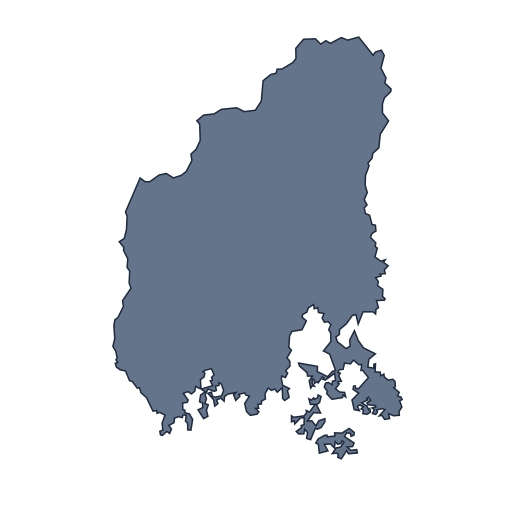 the district of Müna, Ngöbe Buglé, Panama, rotated 354°
{"feature_id": "35544464B46003057824195", "entity_name": "Müna", "entity_type": "district", "adm_level": 2, "iso_a3": "PAN", "parent_name": "Panama", "parent_adm1": "Ngöbe Buglé", "projection": "orthographic", "projection_center": [-81.616, 8.422], "detail": "fine", "context": "isolated", "style": "filled", "palette": "slate", "viewbox_px": 512, "rotation_deg": 354, "n_neighbors": 0, "source": "geoboundaries", "source_scale": "gbopen_adm2", "svg_char_len": 6150}
<svg xmlns="http://www.w3.org/2000/svg" viewBox="0 0 512 512"><g transform="rotate(354 256 256)"><path d="M128.3,274.9L118.6,286.5L118.8,292.3L112.4,302.6L109.0,304.7L107.4,310.1L106.9,323.4L104.2,330.9L106.7,336.4L107.2,343.3L105.9,344.5L107.3,347.3L104.8,348.1L105.6,351.9L109.0,355.0L114.2,356.7L117.2,366.8L119.9,367.9L124.1,375.0L126.4,374.9L127.3,379.9L132.3,385.4L137.3,399.5L141.2,399.4L141.1,402.1L144.0,401.5L148.9,404.7L145.1,412.5L145.2,419.3L142.0,420.3L142.3,423.9L144.0,424.7L149.1,421.1L151.5,423.5L153.8,419.4L151.7,415.3L157.1,413.2L158.0,408.8L162.0,407.7L165.8,409.0L166.8,406.4L169.9,407.1L168.6,413.0L170.5,415.2L169.9,421.8L173.1,422.4L175.9,411.8L173.3,406.1L169.0,404.5L169.1,401.9L167.2,401.0L167.7,394.5L172.2,394.4L173.5,392.2L169.4,385.0L174.2,383.8L177.3,386.4L180.9,384.2L182.4,379.4L186.2,381.9L187.5,381.0L187.8,373.2L191.7,370.9L192.9,367.2L191.2,365.4L194.2,364.2L200.0,363.4L201.8,369.9L199.1,372.0L199.7,375.0L197.4,375.4L199.4,380.4L187.5,382.6L191.3,385.8L186.4,388.4L184.6,395.0L187.5,396.7L187.2,401.2L182.3,402.9L186.9,412.3L191.4,410.4L190.6,404.1L193.0,399.0L189.7,397.3L191.8,393.0L190.9,388.7L194.4,383.3L200.3,386.2L202.5,385.6L202.2,381.0L205.6,380.9L206.0,378.1L208.3,380.0L209.7,386.4L207.2,391.4L200.5,392.2L197.9,390.8L197.5,386.7L193.8,387.5L198.8,394.5L199.3,401.0L202.7,398.8L201.8,395.0L206.2,393.7L209.1,397.1L210.1,392.4L213.6,390.4L221.6,389.7L219.2,391.5L220.7,397.5L225.3,393.8L224.4,391.8L230.7,391.0L231.3,393.2L234.8,394.7L229.3,401.5L230.3,409.7L233.6,413.9L240.5,413.4L242.6,411.3L239.6,407.5L242.8,407.7L242.2,403.7L245.9,403.8L246.3,400.9L250.4,399.2L250.5,394.1L254.3,388.7L257.4,391.3L260.7,390.2L262.9,393.7L268.3,389.8L267.6,400.5L269.4,402.7L274.2,400.0L273.2,393.1L275.4,391.3L269.0,387.3L268.4,380.7L269.0,378.0L272.5,380.0L275.2,375.8L273.5,373.2L278.3,369.0L278.6,364.2L276.2,360.5L281.4,353.5L279.1,350.1L281.0,339.2L283.7,334.8L294.0,334.2L299.3,325.8L295.4,321.6L296.4,319.0L300.7,317.2L302.6,313.0L308.3,310.3L308.4,314.6L311.9,313.8L312.3,318.8L317.7,320.3L315.3,324.7L317.1,329.0L320.8,328.8L323.3,332.0L320.6,337.0L322.2,340.5L321.6,348.8L313.1,357.5L319.0,361.3L323.2,378.3L320.1,378.6L314.6,383.5L304.9,377.3L305.6,372.2L287.2,366.9L287.8,370.0L294.6,377.4L294.7,380.8L299.6,381.4L295.9,385.6L296.6,393.1L298.5,390.9L300.4,391.6L298.5,388.4L299.1,384.4L300.7,384.6L300.8,388.8L303.4,387.4L304.6,388.7L309.3,383.2L310.8,384.2L309.6,385.7L312.0,386.6L321.9,380.9L322.1,388.3L319.0,388.4L318.3,391.9L314.7,389.3L311.9,389.7L310.2,393.4L312.9,398.3L311.9,400.2L316.5,406.4L327.2,405.9L328.0,403.3L330.5,405.5L329.8,400.9L324.9,400.0L321.2,396.3L325.5,391.8L324.0,390.7L324.9,389.4L327.8,389.6L325.8,383.5L327.6,381.4L325.2,380.2L327.0,377.9L330.8,377.8L332.8,371.8L338.8,373.1L342.1,369.7L346.9,374.9L349.8,375.0L348.4,380.8L350.2,380.9L355.1,388.7L344.3,398.5L341.6,398.4L341.1,395.5L339.4,395.6L338.6,398.9L343.8,403.1L336.4,409.2L337.6,419.1L342.8,420.7L341.2,416.2L343.4,415.0L347.0,417.1L344.5,419.1L346.7,420.5L345.7,424.0L350.1,425.0L353.6,423.1L353.2,419.7L351.9,420.6L350.8,417.0L345.8,413.1L352.3,410.8L351.1,409.6L353.1,408.1L354.9,411.6L350.9,413.7L351.8,415.6L359.3,417.3L359.3,418.7L355.5,419.3L357.6,421.2L355.4,424.9L358.6,426.1L360.5,423.8L359.9,421.7L365.8,421.0L368.1,422.2L361.8,427.9L364.7,427.8L366.8,432.0L371.9,431.6L371.3,426.7L376.3,429.3L381.9,429.4L382.0,425.6L385.3,421.5L383.7,414.9L386.3,414.1L385.6,411.6L382.1,409.9L384.2,406.6L379.2,401.4L381.0,400.5L381.1,395.3L379.2,392.9L374.5,393.3L371.0,389.8L370.8,386.8L367.6,388.3L367.4,384.5L362.3,383.7L363.6,375.7L361.9,376.0L361.5,379.9L355.6,378.2L357.5,370.4L364.5,365.8L353.3,358.6L348.8,350.7L346.1,340.6L340.5,349.2L340.1,355.6L335.8,357.5L327.9,349.7L327.0,344.8L330.7,342.8L331.4,337.9L338.8,332.9L345.6,325.2L349.3,324.8L350.5,334.5L356.6,322.7L366.7,323.8L368.9,326.2L369.7,321.6L372.4,320.3L371.1,312.9L379.1,313.4L379.9,312.0L377.6,309.4L378.7,302.4L373.8,298.2L375.0,294.3L372.7,290.0L378.3,289.0L377.5,287.0L382.7,287.1L382.2,283.2L386.4,279.5L382.1,275.7L384.2,273.3L379.6,274.2L374.2,269.4L377.5,260.9L375.6,259.1L376.5,255.4L371.8,249.5L373.8,245.7L377.9,243.7L378.0,237.8L374.7,236.8L373.2,227.3L369.2,225.1L368.7,219.5L371.8,216.8L369.5,211.4L373.3,204.5L372.0,197.1L373.3,187.4L377.9,178.1L377.0,175.3L381.6,171.0L382.9,166.1L389.5,161.3L392.3,147.9L402.0,135.5L396.7,126.9L397.7,117.8L400.3,112.1L407.2,106.6L407.8,104.1L402.2,97.4L403.9,92.5L399.9,82.3L404.5,70.0L402.1,64.4L396.0,65.6L393.5,68.6L381.0,49.0L369.7,50.9L363.7,47.7L352.2,52.3L348.1,49.2L342.4,52.0L337.8,46.2L326.0,45.4L317.3,53.6L316.4,63.8L312.8,67.5L301.3,72.8L296.6,72.4L295.0,76.4L289.7,77.0L281.4,82.4L277.5,102.4L270.6,111.0L259.5,111.2L252.3,106.6L236.9,106.5L229.2,110.3L218.6,110.4L211.3,115.3L213.8,119.1L212.6,135.2L207.5,143.7L202.0,147.8L202.2,154.4L195.5,164.6L190.1,168.0L182.0,169.7L175.5,164.6L168.2,165.3L158.1,171.0L153.6,170.6L148.9,166.3L130.8,198.6L132.0,203.0L130.0,215.9L126.8,224.8L121.4,227.5L125.5,233.8L124.8,236.4L128.2,245.4L126.6,253.9L128.8,257.9L127.0,269.6L128.3,274.9ZM298.4,458.7L307.2,457.3L304.2,450.4L310.5,450.8L313.9,455.1L315.4,448.9L317.5,451.7L320.9,451.4L322.3,448.7L324.0,450.3L320.1,454.9L315.6,455.2L311.2,460.5L315.6,460.4L317.0,461.7L316.3,464.8L319.7,466.6L325.8,459.0L327.3,462.4L336.2,462.5L335.9,459.0L330.1,459.2L326.6,455.5L332.2,455.6L334.0,452.2L325.2,444.9L327.6,441.3L331.4,442.4L331.7,445.3L334.7,444.4L335.2,441.7L330.7,437.2L322.9,441.1L315.7,440.1L315.7,443.3L308.0,443.3L307.8,441.5L305.4,441.5L298.8,444.4L295.9,448.3L298.3,449.7L298.4,458.7ZM274.6,418.6L273.9,424.6L276.8,424.0L277.0,427.1L283.3,421.8L287.0,421.7L286.2,428.7L283.2,429.3L283.3,431.5L277.7,434.7L279.8,437.4L285.0,437.9L286.3,433.4L288.8,436.9L287.2,442.7L291.1,444.4L297.0,433.5L298.9,434.7L302.9,433.4L307.2,428.0L307.5,425.0L301.2,426.4L297.8,431.2L294.3,425.7L289.9,425.5L296.7,417.9L303.8,418.9L300.7,410.4L304.0,408.2L306.0,402.6L303.3,400.7L302.2,403.6L298.9,404.6L298.6,403.1L295.9,405.0L293.7,403.5L294.6,409.3L299.4,409.7L292.9,416.8L289.8,414.8L289.8,417.4L287.1,420.0L276.5,420.3L274.6,418.6Z" fill="#64748b" stroke="#1e293b" stroke-width="1.5"/></g></svg>